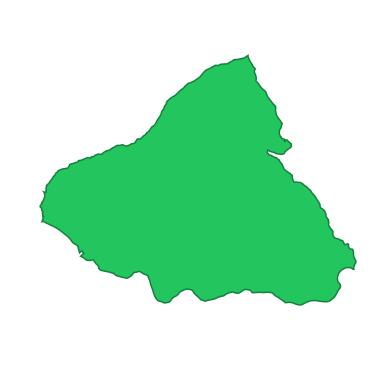 Turnu Rosu, Sibiu, Romania (orthographic projection), rotated 262°
{"feature_id": "2599482B72596568655749", "entity_name": "Turnu Rosu", "entity_type": "district", "adm_level": 2, "iso_a3": "ROU", "parent_name": "Romania", "parent_adm1": "Sibiu", "projection": "orthographic", "projection_center": [24.318, 45.612], "detail": "fine", "context": "isolated", "style": "filled", "palette": "green", "viewbox_px": 384, "rotation_deg": 262, "n_neighbors": 0, "source": "geoboundaries", "source_scale": "gbopen_adm2", "svg_char_len": 5909}
<svg xmlns="http://www.w3.org/2000/svg" viewBox="0 0 384 384"><g transform="rotate(262 192 192)"><path d="M93.0,341.6L93.7,341.4L94.3,341.5L97.4,342.9L99.0,344.3L100.5,344.7L105.8,343.2L107.7,343.2L110.5,343.6L112.5,343.3L113.1,342.8L113.2,341.7L113.8,340.5L114.0,340.3L116.5,339.2L117.0,339.3L117.7,339.7L118.5,339.7L119.0,338.7L118.6,336.9L118.8,335.7L123.0,334.3L123.2,333.9L123.4,332.7L125.0,330.8L126.0,328.0L126.5,327.1L127.6,326.5L128.8,325.7L129.3,325.6L130.5,325.7L131.4,325.5L132.3,326.0L133.1,326.1L134.2,325.7L137.0,323.9L138.0,323.6L138.9,323.1L140.7,322.7L141.3,322.7L143.0,323.4L143.8,323.3L144.5,322.8L145.4,323.3L147.5,322.1L149.4,321.3L151.5,321.6L153.5,321.0L154.7,320.8L156.8,319.1L158.7,316.9L162.5,316.9L166.1,315.2L169.4,313.8L172.0,312.4L174.0,310.9L175.5,310.1L177.2,309.6L178.0,308.6L181.5,305.9L182.9,304.3L184.8,302.6L186.3,300.8L186.6,300.0L186.8,298.5L187.3,296.6L187.5,295.0L187.8,294.4L191.2,293.3L192.2,293.3L193.4,293.6L194.8,293.4L195.4,292.6L196.6,291.8L199.0,289.0L201.8,286.4L203.3,286.1L204.2,285.6L206.3,285.3L208.4,284.3L209.6,283.4L211.6,282.8L211.8,282.6L211.9,282.1L212.3,281.7L213.8,280.7L214.3,280.3L215.0,278.3L217.0,275.8L217.8,274.2L218.1,273.4L219.4,272.8L220.2,272.1L221.1,272.0L222.2,272.7L222.9,272.8L222.4,273.7L221.4,274.9L219.6,279.1L218.2,280.9L216.9,285.3L216.8,286.1L216.9,287.5L217.0,288.2L217.4,288.7L218.9,289.8L219.3,290.3L220.9,292.9L221.9,295.1L223.1,296.8L223.7,296.6L225.5,297.0L226.2,296.8L228.7,294.4L230.3,293.4L230.4,292.2L230.2,291.9L229.2,291.4L229.1,291.1L229.2,290.7L229.6,290.6L230.8,291.0L231.2,291.0L232.0,289.7L232.3,288.8L232.8,288.3L233.7,288.1L234.5,287.6L235.0,287.0L236.4,287.0L237.7,286.5L240.5,287.2L241.2,287.3L243.0,289.0L245.8,290.0L247.0,290.9L251.0,289.0L255.1,286.8L256.1,286.4L261.3,286.0L263.6,286.6L265.1,286.7L268.5,284.3L272.6,282.0L275.6,280.2L281.4,278.8L284.7,275.8L286.7,274.5L290.3,272.8L292.8,270.9L293.6,270.9L294.0,271.1L296.3,271.6L298.6,271.3L301.4,270.6L302.4,270.5L303.5,270.7L304.7,271.6L305.4,271.7L306.0,271.3L307.3,270.1L309.8,269.4L313.1,267.8L317.0,266.6L318.3,266.4L319.4,266.5L317.4,262.2L317.0,257.4L317.1,251.7L316.1,250.0L315.1,247.2L314.0,244.9L314.5,239.2L314.4,237.7L313.6,235.9L314.2,232.9L314.0,232.2L311.7,226.3L310.7,222.8L308.7,220.0L305.8,217.0L304.8,215.7L303.9,214.2L301.5,209.4L301.1,207.6L300.7,206.8L300.3,205.2L300.2,203.6L299.8,202.8L298.6,201.3L298.0,200.1L296.5,198.6L294.1,194.4L290.3,189.3L289.5,187.7L288.2,184.3L285.5,180.3L284.5,179.3L282.7,178.7L280.7,176.7L278.3,175.6L276.2,173.4L275.5,173.0L274.2,172.6L273.0,172.0L272.3,171.3L270.6,170.2L268.1,167.7L264.1,165.0L263.4,164.1L261.8,161.0L258.8,158.5L258.2,157.5L257.5,156.9L256.9,155.4L255.1,153.7L254.3,151.8L253.9,151.1L252.7,149.8L251.8,148.5L251.8,147.9L252.1,145.6L252.1,145.3L248.3,141.8L248.1,140.7L248.2,139.7L247.8,137.6L247.2,136.5L246.8,135.0L246.7,134.3L246.6,132.9L248.6,129.6L248.3,128.5L248.2,126.6L248.6,124.1L247.2,121.2L246.7,119.4L245.4,116.8L244.9,115.7L244.7,113.0L243.5,110.2L242.0,107.7L242.0,106.5L242.6,104.8L242.6,104.3L242.0,101.8L241.5,100.6L240.9,99.8L240.9,98.1L240.5,96.8L240.4,96.6L239.9,96.5L239.7,96.0L240.4,94.0L240.6,93.2L239.1,87.7L238.8,86.3L239.0,84.6L238.7,83.9L237.9,83.6L237.7,83.1L236.7,77.5L236.5,75.5L236.2,74.7L235.4,74.4L234.3,73.6L233.7,72.9L232.9,72.4L232.8,66.9L232.3,64.6L231.5,62.1L230.2,61.2L229.9,60.1L227.5,58.3L226.9,57.2L224.4,55.1L222.1,52.7L220.9,51.9L218.7,48.8L217.8,48.7L216.2,48.0L215.0,48.1L213.5,47.4L212.4,47.7L212.2,47.6L212.0,47.1L212.0,46.6L212.7,45.2L211.1,45.9L210.6,45.7L208.8,45.9L205.5,44.3L204.3,43.4L202.8,42.8L202.7,42.6L202.6,41.8L202.4,41.7L201.7,41.4L201.0,41.5L199.7,39.9L199.2,39.6L197.9,39.8L197.2,40.6L195.8,40.8L194.4,40.7L193.6,41.4L192.7,41.5L192.0,40.9L191.3,40.9L190.4,41.2L189.6,40.9L188.4,41.4L188.5,40.9L185.7,40.7L185.5,40.3L183.5,39.3L183.7,40.4L182.7,42.0L181.2,43.9L179.8,46.2L176.1,51.6L172.8,55.6L167.1,61.0L164.0,63.8L158.3,67.0L154.7,71.3L147.4,72.2L149.2,74.6L146.2,76.3L144.8,73.9L143.8,72.7L142.5,74.9L139.4,77.9L139.1,78.4L138.5,80.5L138.4,81.4L138.4,82.3L138.7,84.6L134.3,87.0L133.8,87.3L133.6,87.7L132.1,88.7L130.4,89.2L129.4,89.0L127.6,90.2L126.4,92.7L124.0,99.4L122.9,101.8L122.9,102.3L122.7,102.7L120.2,104.9L119.4,106.0L118.6,108.0L117.4,110.5L116.9,112.3L115.8,114.9L115.7,115.9L116.0,117.0L117.0,119.0L117.4,120.1L118.6,121.5L120.1,123.0L120.4,124.5L120.4,126.6L120.8,128.0L120.2,129.6L119.5,130.6L118.1,132.1L116.4,134.8L115.9,135.9L115.3,136.6L114.9,136.8L113.6,136.9L109.9,137.9L106.0,138.2L101.4,139.3L96.1,140.1L92.3,141.2L91.3,141.6L89.5,143.0L88.9,143.8L88.4,144.6L87.6,146.6L86.3,148.5L86.1,149.0L85.9,150.5L85.9,151.5L86.1,152.4L86.1,153.6L86.2,154.0L87.0,155.4L89.3,157.5L90.7,159.8L91.2,161.7L92.1,163.2L92.6,164.0L94.1,165.4L94.8,166.5L95.8,169.4L96.6,172.5L96.6,173.0L95.9,176.2L94.6,178.7L93.8,179.1L92.3,179.6L91.2,180.2L87.0,183.6L84.2,185.7L83.7,186.4L83.1,188.0L82.2,189.4L82.1,190.1L82.6,193.2L82.7,196.2L82.9,198.1L83.0,199.5L84.0,202.8L84.7,206.3L84.6,207.5L84.9,209.2L85.3,210.1L85.8,210.6L86.7,213.1L87.4,217.2L87.4,218.1L87.3,218.7L86.5,219.9L85.9,221.1L85.4,223.4L85.4,224.2L85.9,225.9L88.0,230.1L88.1,230.6L87.9,232.2L86.8,235.7L86.5,236.3L84.4,237.3L84.1,237.5L83.8,238.0L83.3,245.0L82.6,247.9L82.4,249.4L82.3,252.4L81.8,255.0L81.2,256.7L80.2,258.2L77.7,259.9L76.1,262.2L71.2,267.4L70.0,268.8L69.5,268.8L69.3,270.1L69.2,272.9L68.7,274.9L68.3,276.1L66.6,279.1L65.4,281.8L65.1,284.2L65.2,285.2L65.6,286.5L66.7,289.4L67.4,292.3L67.7,294.2L67.7,295.9L67.3,299.3L65.7,304.5L64.7,309.0L64.6,311.0L64.9,312.5L65.4,314.1L67.5,317.7L68.2,318.5L71.3,321.1L73.5,322.4L75.7,324.5L76.1,325.1L76.9,325.7L79.1,326.0L79.8,325.9L82.9,324.1L83.7,323.9L85.3,323.9L87.5,324.2L88.6,324.7L90.1,325.5L91.5,326.4L92.5,327.5L93.8,329.1L94.9,331.6L95.3,333.1L95.6,334.4L95.5,335.5L95.1,338.3L93.8,340.1L93.1,340.7L93.0,340.9L93.0,341.6Z" fill="#22c55e" stroke="#15803d" stroke-width="1.5"/></g></svg>